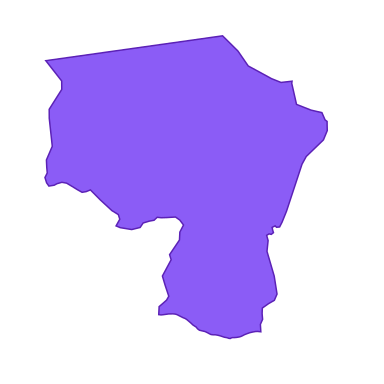 Gambo, Mbomou, Central African Republic, rotated 352°
{"feature_id": "33826404B57857240211029", "entity_name": "Gambo", "entity_type": "district", "adm_level": 2, "iso_a3": "CAF", "parent_name": "Central African Republic", "parent_adm1": "Mbomou", "projection": "orthographic", "projection_center": [22.185, 4.592], "detail": "fine", "context": "isolated", "style": "filled", "palette": "violet", "viewbox_px": 384, "rotation_deg": 352, "n_neighbors": 0, "source": "geoboundaries", "source_scale": "gbopen_adm2", "svg_char_len": 1778}
<svg xmlns="http://www.w3.org/2000/svg" viewBox="0 0 384 384"><g transform="rotate(352 192 192)"><path d="M306.5,96.2L295.4,95.9L286.5,90.8L265.2,75.0L257.1,58.8L244.0,41.6L65.5,41.6L69.6,48.7L78.4,63.9L77.3,72.3L62.1,90.2L60.9,99.2L60.0,127.3L52.3,140.0L51.6,147.4L51.3,153.0L48.4,157.2L49.3,162.7L50.3,164.6L51.1,166.2L56.5,166.1L59.4,165.0L64.5,164.3L69.1,165.8L73.2,169.1L78.9,173.8L83.1,177.0L87.2,176.9L91.7,175.8L100.2,187.2L110.1,199.3L115.9,204.1L116.7,208.9L112.1,215.0L115.9,217.3L127.1,220.8L135.7,219.9L139.3,215.9L145.7,214.9L150.5,214.7L154.0,212.2L157.9,213.2L163.5,213.8L172.2,214.5L176.0,218.1L179.0,223.5L174.4,230.0L172.9,237.8L161.1,250.9L161.9,256.2L151.0,271.1L152.4,280.5L154.5,292.0L151.8,295.5L147.6,298.3L143.5,300.9L142.0,308.8L144.2,309.4L146.3,309.5L148.6,309.5L150.4,309.5L152.2,309.5L154.3,309.8L156.1,310.0L158.5,310.6L160.2,311.4L162.6,313.1L165.8,315.3L167.6,316.3L169.2,317.7L171.0,319.7L173.0,322.0L174.3,323.7L176.0,325.2L177.4,326.4L178.4,328.2L180.1,329.9L185.5,332.0L187.9,333.6L189.5,334.8L191.0,335.8L193.3,336.4L195.1,336.6L197.6,337.4L200.2,338.5L202.0,339.4L203.8,340.3L206.3,341.1L208.3,342.1L209.5,342.4L210.5,342.0L211.7,341.8L214.0,342.1L216.1,342.2L218.8,342.1L220.2,341.9L221.9,341.4L224.1,340.6L226.6,340.0L229.5,339.4L232.7,339.1L235.4,339.0L237.5,339.2L240.7,340.0L241.3,332.6L244.2,327.9L244.5,322.2L245.5,316.7L252.3,313.2L258.5,310.7L262.0,304.9L261.7,286.7L258.0,261.2L260.6,250.7L259.9,245.3L262.5,244.2L264.6,245.0L267.0,243.6L266.6,241.1L266.4,238.2L269.6,237.1L270.8,238.7L273.9,238.8L277.0,234.4L282.9,224.2L304.8,179.8L310.1,172.7L329.4,158.7L334.5,150.0L335.1,144.7L335.6,140.9L333.8,139.1L331.7,131.5L321.1,127.4L307.7,119.8L305.9,98.3L306.5,96.2Z" fill="#8b5cf6" stroke="#5b21b6" stroke-width="1.5"/></g></svg>